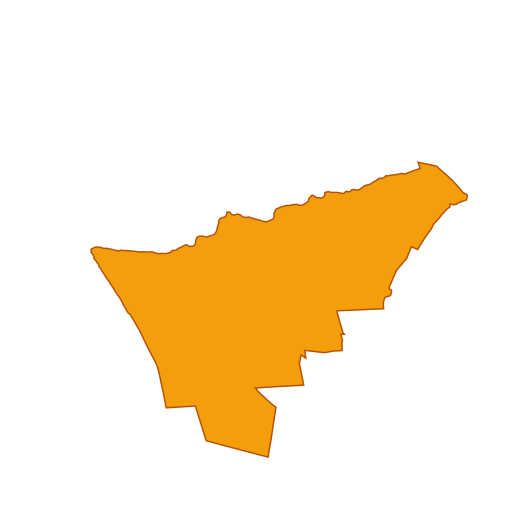 outline of Ghimbav, Brasov, Romania, rotated 36°
{"feature_id": "2599482B88023161659536", "entity_name": "Ghimbav", "entity_type": "district", "adm_level": 2, "iso_a3": "ROU", "parent_name": "Romania", "parent_adm1": "Brasov", "projection": "robinson", "projection_center": [25.508, 45.687], "detail": "fine", "context": "isolated", "style": "filled", "palette": "amber", "viewbox_px": 512, "rotation_deg": 36, "n_neighbors": 0, "source": "geoboundaries", "source_scale": "gbopen_adm2", "svg_char_len": 6098}
<svg xmlns="http://www.w3.org/2000/svg" viewBox="0 0 512 512"><g transform="rotate(36 256 256)"><path d="M324.3,434.7L342.7,427.7L375.1,415.1L382.5,412.1L384.1,411.3L383.8,411.1L383.1,409.9L375.4,394.4L362.1,368.8L361.0,366.6L357.3,366.6L352.4,366.2L341.5,364.9L337.8,364.4L335.7,363.9L333.2,363.1L334.0,362.5L337.6,359.4L350.7,348.5L358.8,342.0L370.5,332.4L353.4,316.6L353.8,316.4L351.0,310.3L350.9,309.6L356.3,309.3L350.8,303.8L363.3,296.7L367.5,294.4L370.2,291.9L374.5,287.4L377.3,285.0L381.2,282.0L380.9,281.5L375.4,274.0L375.6,273.4L370.6,269.4L373.4,267.4L371.9,267.0L371.2,266.7L370.6,266.3L355.2,254.4L353.9,252.6L390.3,223.6L388.6,221.8L387.0,219.6L385.9,217.6L385.3,216.0L384.9,214.6L384.9,214.0L385.1,213.1L385.4,212.5L386.0,211.7L387.1,210.5L388.0,208.8L386.6,205.0L386.1,204.4L385.5,204.1L384.5,203.9L384.2,204.1L383.8,204.4L383.3,204.4L382.9,204.0L382.6,203.7L382.0,202.4L381.8,202.0L381.3,199.3L378.1,184.9L379.3,169.4L376.3,157.1L382.9,155.8L382.0,143.8L381.8,135.8L381.9,132.1L381.6,128.7L381.0,127.6L381.2,123.8L382.0,116.8L381.9,113.5L382.0,112.8L382.3,111.5L382.8,106.3L383.2,104.8L384.0,102.4L382.3,100.1L382.1,99.7L382.5,99.5L384.9,98.9L385.6,98.5L386.1,98.2L388.0,96.0L388.2,95.2L388.2,94.5L392.3,88.3L393.3,86.8L391.4,82.6L389.9,82.5L388.5,82.6L387.6,82.8L386.9,83.0L386.3,83.0L385.0,82.8L384.3,82.5L380.6,81.5L377.0,80.7L376.2,80.6L373.4,80.1L371.4,79.6L369.6,79.3L366.4,79.0L362.9,78.5L361.8,78.5L356.7,78.0L355.0,77.8L352.8,77.6L350.5,77.3L349.3,77.3L346.0,78.6L332.0,84.9L337.4,88.7L334.2,93.1L327.6,103.0L327.2,102.9L326.6,102.9L325.8,103.2L325.4,103.5L324.9,103.9L323.6,105.6L320.9,108.6L319.2,109.8L318.8,110.2L316.7,112.3L315.2,114.0L314.3,114.4L314.0,114.7L313.9,114.9L313.8,115.1L313.8,115.8L313.7,116.7L313.5,117.0L313.4,117.6L313.2,118.1L312.8,118.6L311.8,119.3L310.0,120.8L309.8,121.1L309.6,121.6L309.6,121.9L309.1,123.5L308.8,124.2L308.7,124.8L307.7,126.7L307.2,128.0L306.8,129.3L306.3,130.6L305.8,131.2L305.4,132.1L305.1,132.3L304.1,133.3L303.5,133.9L302.8,135.1L302.4,135.8L301.9,137.0L301.7,138.2L301.6,138.6L301.2,139.3L301.1,140.2L301.0,140.7L299.8,142.5L299.2,143.2L298.7,143.6L298.0,143.8L296.7,144.4L295.3,145.4L295.0,145.6L294.5,146.3L294.4,146.7L294.6,147.6L294.6,148.0L294.1,148.6L293.1,149.7L292.5,150.2L292.4,150.3L291.9,150.1L291.4,150.2L291.1,150.5L290.8,150.9L290.6,151.8L290.5,152.2L290.4,153.1L290.2,153.6L290.1,153.8L289.0,154.6L287.4,155.4L286.4,155.8L283.6,157.3L282.3,158.3L281.0,159.2L279.4,160.4L278.4,160.8L277.1,161.2L276.7,161.4L276.1,162.1L275.9,162.4L274.8,163.5L274.6,164.1L274.6,164.5L275.2,165.3L275.8,166.1L275.9,166.5L275.6,169.8L275.5,170.1L275.0,170.6L274.2,171.1L273.0,171.6L270.8,173.1L270.3,173.2L266.3,173.5L265.9,173.7L265.4,174.2L265.2,174.5L265.4,176.0L265.3,176.5L265.1,177.3L265.0,178.3L265.2,178.9L265.8,180.0L266.1,180.5L266.2,180.9L266.3,181.3L266.0,181.8L265.6,182.3L265.4,183.1L265.4,183.6L265.3,184.0L264.6,185.3L263.9,187.1L263.0,188.4L262.5,188.8L261.8,189.2L259.6,189.9L258.4,190.4L258.1,190.6L257.8,191.0L257.4,191.4L256.1,192.3L254.7,194.0L253.1,195.6L251.3,197.0L249.9,198.4L246.4,203.2L245.0,205.7L244.6,206.7L244.6,207.2L244.8,207.6L245.1,208.2L245.2,208.7L245.3,209.5L245.3,210.5L245.4,210.8L245.6,211.2L246.3,212.1L246.9,212.6L247.6,213.7L247.9,214.2L248.0,214.6L248.0,215.0L247.9,215.9L247.7,216.5L246.9,218.2L245.7,219.8L245.6,220.1L245.6,220.6L245.2,221.2L244.8,221.7L243.8,222.4L243.0,223.0L242.0,223.5L241.0,223.9L238.4,224.6L233.7,226.6L231.2,227.4L229.1,228.3L228.5,228.5L227.7,228.4L227.3,228.7L225.1,230.8L224.6,231.0L224.1,231.4L222.1,232.1L221.3,232.1L220.4,232.0L219.4,232.0L219.0,232.1L217.1,232.6L216.5,232.9L216.2,233.2L214.5,235.4L213.7,235.9L213.1,236.3L212.1,236.6L211.1,236.6L210.8,236.6L210.3,236.3L209.7,236.1L209.0,236.1L208.0,236.6L206.7,237.4L206.6,237.6L206.7,237.8L207.5,238.9L207.9,240.2L208.1,240.6L208.1,241.1L208.0,242.1L207.8,242.8L207.6,243.2L207.3,243.5L206.3,244.5L205.6,245.6L205.3,246.4L205.0,247.3L205.0,248.9L205.3,249.8L205.5,250.1L206.3,251.1L206.8,251.8L206.8,252.3L207.1,253.1L207.7,255.2L208.9,257.5L209.1,258.1L209.7,260.8L209.7,261.4L209.7,262.1L209.5,263.0L208.8,264.2L207.0,266.9L205.5,268.7L204.8,269.8L204.5,270.0L203.9,270.3L202.2,270.7L201.8,270.9L201.2,271.3L198.2,273.6L198.0,273.9L197.4,275.3L197.3,275.7L197.6,276.9L198.4,279.4L199.1,280.4L199.3,280.8L199.7,281.7L199.9,282.5L199.9,283.0L199.8,283.5L199.7,284.3L199.1,285.3L198.7,285.6L198.2,285.9L198.0,286.1L197.6,286.7L196.9,287.2L195.8,287.5L194.1,287.6L193.2,287.8L192.9,288.0L192.3,288.8L191.8,289.5L190.3,292.7L189.6,294.0L188.8,295.2L188.4,296.4L187.9,297.9L187.8,298.4L187.7,298.6L186.8,299.5L186.1,299.7L185.7,300.0L185.3,300.3L185.1,300.7L185.0,301.1L184.7,302.8L184.3,303.6L184.0,304.2L181.9,306.8L181.3,307.2L177.8,309.6L176.6,310.8L175.4,311.6L173.0,312.6L172.1,312.8L171.8,312.9L171.2,313.3L170.0,313.5L169.6,313.7L166.5,316.2L162.6,318.6L160.7,320.2L159.2,321.2L156.9,322.6L156.3,323.0L154.9,323.5L153.8,324.3L150.8,326.1L149.0,327.0L148.0,327.8L147.5,328.2L146.3,329.1L143.9,330.2L143.4,330.6L142.9,331.4L142.0,332.5L141.5,332.8L139.3,333.9L137.8,334.5L135.6,335.3L134.8,335.6L132.8,336.8L131.8,337.1L130.7,337.5L130.3,337.8L129.6,338.4L128.9,338.9L128.6,339.2L128.1,339.5L127.8,339.6L126.6,339.8L125.8,340.1L122.1,342.2L121.2,342.8L120.2,344.2L118.7,347.2L118.7,347.6L118.8,347.8L119.9,348.8L120.0,349.0L120.1,349.7L123.2,350.8L124.3,351.4L125.5,351.9L125.7,352.2L125.7,352.4L125.8,352.7L126.1,353.1L127.0,353.3L127.5,353.5L128.3,353.5L128.8,353.7L129.9,354.3L130.6,354.6L131.3,354.8L132.0,354.8L132.7,354.9L134.2,355.8L134.8,356.3L135.2,356.8L135.7,357.0L138.0,357.7L139.4,358.3L139.8,358.4L141.9,359.3L147.6,361.5L148.7,362.0L152.0,363.0L157.6,365.2L162.4,367.2L164.5,367.9L167.6,369.1L168.1,369.1L168.5,369.2L169.7,369.8L171.7,370.5L174.1,371.6L174.6,371.8L176.0,372.8L178.0,373.7L186.1,377.3L186.7,377.3L187.3,377.2L188.0,377.2L188.7,377.4L193.0,379.2L206.9,385.3L211.1,387.7L220.7,392.9L228.5,396.8L239.0,402.0L240.8,403.2L243.7,405.5L248.9,409.9L253.4,414.0L261.7,421.4L272.6,431.6L295.1,413.0L324.3,434.7Z" fill="#f59e0b" stroke="#b45309" stroke-width="1.5"/></g></svg>